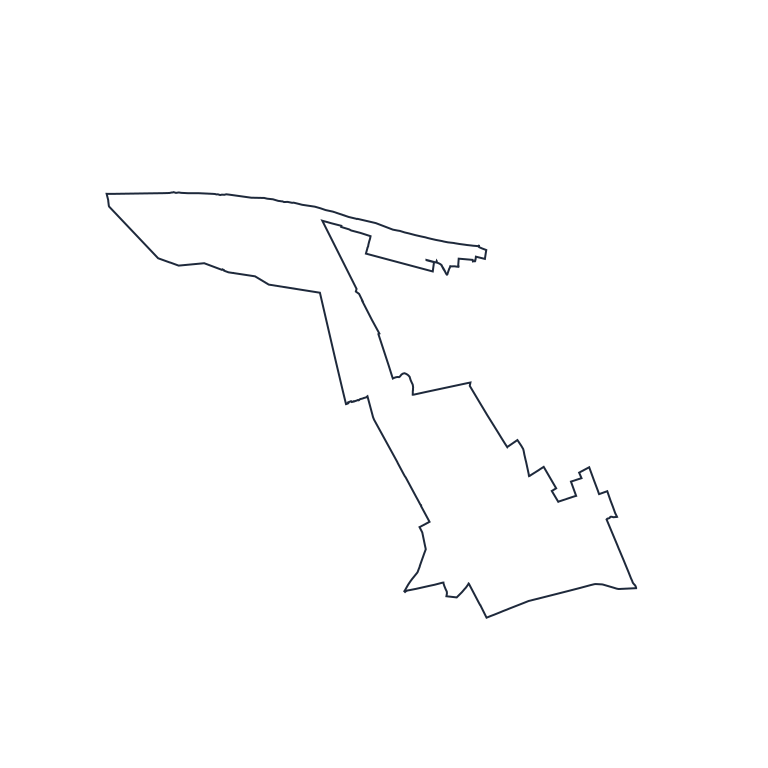 the district of Sacele, Constanta, Romania, rotated 241°
{"feature_id": "2599482B64412955341960", "entity_name": "Sacele", "entity_type": "district", "adm_level": 2, "iso_a3": "ROU", "parent_name": "Romania", "parent_adm1": "Constanta", "projection": "equal_earth", "projection_center": [28.684, 44.499], "detail": "fine", "context": "isolated", "style": "outline", "palette": "slate", "viewbox_px": 768, "rotation_deg": 241, "n_neighbors": 0, "source": "geoboundaries", "source_scale": "gbopen_adm2", "svg_char_len": 5935}
<svg xmlns="http://www.w3.org/2000/svg" viewBox="0 0 768 768"><g transform="rotate(241 384 384)"><path d="M193.1,301.7L193.0,301.8L192.7,301.4L191.9,301.6L192.1,302.4L192.1,302.8L192.1,303.3L192.1,303.8L191.9,304.8L191.5,305.9L189.3,312.7L185.4,326.0L183.9,330.9L182.9,334.8L181.9,338.8L181.5,339.7L180.9,339.4L180.0,339.2L177.9,338.8L174.4,338.4L172.1,338.3L171.4,338.0L170.9,337.8L170.3,337.5L168.1,335.7L162.1,344.1L164.1,351.1L164.8,353.0L165.8,355.6L166.0,356.4L166.9,358.4L167.2,359.0L167.7,360.0L168.1,360.8L168.5,361.3L168.3,361.4L146.6,360.9L144.0,360.9L143.9,361.0L143.7,361.1L143.2,361.0L129.9,360.4L129.3,365.2L128.8,368.6L127.9,375.9L127.7,377.9L127.1,382.1L126.9,384.1L124.9,399.0L124.2,404.5L124.1,405.3L120.7,418.0L116.1,435.4L113.4,445.7L110.6,456.5L107.9,467.4L107.1,470.3L106.9,471.0L106.5,472.0L105.2,474.1L103.0,477.6L102.4,478.3L94.4,486.2L92.4,488.1L91.6,489.0L90.9,489.9L83.2,505.5L83.8,505.8L85.2,506.0L85.7,506.0L86.2,506.0L87.6,505.6L88.8,505.4L89.3,505.3L89.8,505.3L91.5,505.6L94.2,505.8L102.0,506.8L102.9,506.9L104.7,507.1L109.9,507.7L113.2,508.1L125.2,509.4L125.6,509.4L129.5,509.9L157.6,513.0L157.7,513.6L157.9,513.8L157.9,514.0L157.9,514.4L157.7,514.7L157.6,515.1L157.5,515.8L157.5,516.3L157.6,516.7L157.9,517.1L157.9,517.5L158.0,517.8L157.9,518.0L157.5,518.8L156.6,519.7L156.1,520.3L156.0,520.6L155.9,520.9L155.4,522.0L155.3,522.4L154.9,523.0L154.8,523.4L159.0,523.6L165.8,524.7L172.2,525.6L182.0,527.3L183.4,518.7L183.5,518.7L186.8,519.3L197.7,520.9L211.7,523.1L211.8,518.0L211.8,517.9L211.9,511.7L205.9,511.1L208.0,500.2L193.0,497.8L193.3,496.6L193.8,494.2L196.2,481.3L196.5,479.9L196.5,479.3L209.1,478.9L209.3,484.0L224.6,483.7L234.1,483.5L233.8,478.8L233.7,478.1L233.1,467.5L233.0,467.1L233.1,466.2L233.9,466.4L235.1,466.9L247.3,470.6L248.9,471.0L252.0,471.9L254.1,472.5L257.7,473.7L259.6,474.2L263.6,474.1L270.3,473.5L270.2,472.5L269.3,463.2L269.2,461.6L269.0,461.2L273.1,460.9L280.8,460.5L283.4,460.4L287.6,460.2L307.0,459.2L318.7,458.8L340.8,458.1L343.4,460.3L344.1,458.1L344.7,456.2L355.4,421.1L357.1,415.5L358.8,409.8L360.2,405.1L360.6,404.0L360.7,403.9L361.8,404.6L362.5,405.0L363.9,405.8L364.2,406.0L364.4,406.3L364.6,406.5L365.4,406.8L366.0,407.2L366.7,407.7L367.1,407.9L368.9,408.6L369.2,408.7L369.5,408.8L370.6,408.9L371.2,408.9L372.5,409.0L374.6,409.2L377.9,409.9L379.6,409.5L380.2,409.3L381.6,408.6L382.6,407.9L383.5,407.1L383.9,405.6L383.8,403.9L382.8,401.5L382.7,400.5L383.5,399.4L384.1,397.8L384.3,396.7L384.5,395.5L384.5,394.4L386.8,394.8L397.6,397.0L430.4,403.3L430.5,403.7L430.4,404.4L445.9,404.5L467.0,405.2L466.9,405.5L474.9,405.9L478.5,404.2L480.5,406.1L556.7,409.2L555.4,410.5L553.5,412.5L550.0,416.0L543.0,423.4L542.1,422.7L536.1,428.5L534.2,429.7L527.5,436.7L519.8,443.9L517.8,442.2L515.9,440.2L514.1,438.5L513.2,437.7L512.4,437.1L512.0,436.8L511.6,436.2L511.3,435.7L510.9,435.4L506.8,431.4L458.8,481.2L466.3,486.8L470.3,482.6L471.7,481.2L471.9,481.3L471.7,481.5L470.5,482.8L466.1,487.3L464.8,488.8L465.8,489.5L466.0,489.7L465.9,489.7L464.7,489.0L463.4,490.1L462.3,490.9L461.1,491.6L460.4,491.8L460.0,491.8L459.7,492.0L459.5,491.8L457.9,491.8L456.1,491.7L454.6,491.8L454.9,492.0L453.5,492.0L452.7,491.9L450.8,491.8L449.4,491.9L448.4,492.4L448.9,492.4L449.1,492.4L449.2,492.5L452.1,495.7L452.7,496.4L452.9,496.6L453.4,497.2L453.7,497.8L454.9,499.1L453.9,500.4L453.8,500.7L453.7,501.0L452.5,503.1L451.7,504.1L450.4,505.9L450.6,506.1L450.8,505.8L457.4,510.1L449.6,521.7L448.1,521.2L447.8,522.2L447.4,522.7L447.2,523.1L447.5,523.6L448.3,523.9L448.6,524.5L450.8,526.1L444.5,532.9L449.2,536.5L451.6,538.4L455.0,535.5L457.5,533.6L457.8,533.5L458.2,533.4L458.4,533.7L458.6,533.9L458.9,534.1L459.1,533.9L459.0,533.5L459.1,533.0L459.4,532.4L460.2,531.3L461.8,528.9L462.9,527.4L465.3,524.0L466.6,522.3L469.7,518.1L472.7,514.3L473.5,513.4L476.9,508.6L479.5,505.5L481.0,503.9L484.8,499.3L488.2,495.5L490.4,493.1L492.3,491.2L494.7,488.4L499.0,483.6L503.8,478.6L506.5,475.6L510.2,472.1L511.6,470.3L514.7,466.6L528.5,455.0L529.1,454.4L541.3,440.9L541.4,440.3L541.9,439.9L547.2,434.1L559.5,422.9L564.4,417.3L568.5,413.6L572.6,409.5L580.5,399.2L582.9,396.7L586.4,392.9L587.0,391.5L590.0,388.0L591.6,384.8L593.1,383.6L593.6,382.7L594.2,382.0L595.4,380.3L599.4,376.4L602.7,371.7L604.8,369.4L611.3,358.2L624.9,340.1L626.4,338.0L626.9,336.1L628.2,334.0L628.7,332.3L630.4,330.7L631.1,329.3L632.1,328.3L633.4,326.3L641.1,313.8L646.2,304.6L649.5,299.3L651.0,297.4L652.0,294.7L653.8,293.0L653.9,292.2L654.4,291.2L655.1,288.9L657.9,283.5L665.9,268.6L682.4,237.8L684.8,233.6L678.4,231.9L677.9,231.6L673.2,229.7L672.4,229.6L603.5,247.4L594.1,255.6L593.9,255.9L587.1,261.8L576.8,285.3L562.4,297.6L562.5,297.9L562.6,298.2L562.4,298.3L561.9,298.7L561.7,299.0L561.4,299.2L561.0,299.2L560.6,299.1L557.1,302.1L554.4,305.6L554.3,305.9L554.0,306.3L553.8,306.4L540.7,323.4L526.8,331.4L494.9,372.2L429.5,353.5L398.9,344.9L384.8,341.0L384.6,341.6L384.6,341.8L384.6,342.2L384.8,342.5L384.5,343.0L384.5,343.5L384.7,343.8L384.9,343.9L385.2,343.9L385.3,343.7L385.4,343.9L385.2,344.2L385.0,346.6L384.8,347.0L384.6,347.2L384.3,347.1L384.2,346.9L383.9,347.0L383.3,349.0L383.5,349.1L383.6,349.3L383.5,349.5L383.2,349.6L382.8,351.9L382.7,352.6L382.7,353.2L382.6,353.5L382.2,353.7L382.0,353.9L382.0,354.3L382.1,354.7L382.2,354.9L382.3,355.2L382.3,356.2L382.1,356.7L381.9,357.3L381.8,357.9L381.6,358.6L381.6,359.3L381.3,360.4L381.2,361.1L380.9,362.1L381.2,362.8L381.3,363.6L361.3,358.6L360.7,358.4L360.4,358.4L360.0,358.3L357.5,358.0L309.1,357.8L308.7,357.7L295.8,357.5L293.1,357.5L291.9,357.7L269.7,357.4L266.0,357.4L260.7,357.3L260.3,357.6L260.1,357.7L259.9,357.7L259.3,357.2L241.4,357.0L241.6,345.7L235.6,345.5L223.1,341.6L220.4,340.8L219.2,340.4L218.5,339.6L215.5,336.1L215.2,335.8L211.5,331.6L207.5,327.1L207.3,327.0L207.1,326.8L206.7,326.4L205.4,324.8L203.2,322.2L202.9,321.7L199.8,314.0L198.7,311.6L197.6,309.4L196.7,307.7L195.0,304.9L193.6,302.7L193.1,301.7Z" fill="none" stroke="#1e293b" stroke-width="2"/></g></svg>